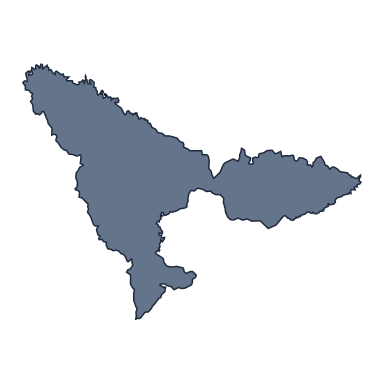 Patos de Minas, Minas Gerais, Brazil (Natural Earth projection)
{"feature_id": "56859067B7361246859240", "entity_name": "Patos de Minas", "entity_type": "district", "adm_level": 2, "iso_a3": "BRA", "parent_name": "Brazil", "parent_adm1": "Minas Gerais", "projection": "natural_earth1", "projection_center": [-46.486, -18.636], "detail": "fine", "context": "isolated", "style": "filled", "palette": "slate", "viewbox_px": 384, "rotation_deg": 0, "n_neighbors": 0, "source": "geoboundaries", "source_scale": "gbopen_adm2", "svg_char_len": 5874}
<svg xmlns="http://www.w3.org/2000/svg" viewBox="0 0 384 384"><path d="M196.3,275.1L192.7,271.6L190.5,271.5L186.5,273.3L185.7,273.0L184.1,271.6L183.4,268.2L182.6,267.8L176.7,266.4L171.6,267.1L167.0,266.1L164.0,262.7L163.4,259.0L162.7,258.0L156.0,253.8L155.7,252.6L156.5,251.5L157.7,251.3L158.3,250.0L159.3,251.0L159.7,250.1L158.9,247.8L159.9,247.1L159.6,244.0L160.8,241.7L160.7,240.0L162.4,241.8L164.5,238.6L164.5,237.3L162.7,238.1L161.6,237.7L161.4,235.6L159.1,235.2L158.8,233.7L159.3,232.8L162.1,234.0L162.6,231.7L160.4,228.8L160.0,227.0L158.6,226.4L157.9,224.3L156.3,223.8L157.2,221.6L158.2,221.2L159.3,221.9L159.3,220.6L161.1,218.7L160.6,215.8L161.6,216.3L162.5,215.9L161.0,214.1L161.8,212.6L163.1,212.3L163.7,214.6L164.5,215.4L165.5,215.3L169.1,213.6L170.1,211.7L172.3,212.2L177.6,210.5L179.5,209.0L185.2,207.9L187.0,206.6L186.9,203.8L188.0,201.5L188.0,197.8L188.9,193.7L191.1,190.5L194.5,190.9L197.2,188.5L198.4,188.3L202.6,189.3L206.3,191.5L210.8,191.1L212.3,193.0L215.8,194.6L220.2,194.7L223.8,198.3L223.4,202.3L225.3,209.0L225.4,211.5L227.4,216.6L230.4,219.7L233.4,220.0L238.3,218.1L242.5,220.1L247.4,219.0L251.6,221.1L259.6,220.8L260.6,221.2L268.2,228.5L276.2,224.9L283.6,215.9L285.8,215.9L287.6,218.1L289.6,218.7L290.7,219.9L293.4,220.2L295.2,218.4L296.0,218.3L296.2,217.2L298.3,217.6L299.7,216.0L300.6,216.4L301.1,215.2L305.1,214.1L306.7,212.5L309.0,211.9L309.9,212.8L312.2,213.4L313.0,212.2L314.8,213.8L316.8,213.7L318.9,212.7L320.3,210.9L321.1,211.4L323.6,210.8L323.1,209.8L324.0,209.3L324.3,208.2L328.3,206.2L327.8,204.0L328.6,203.6L329.3,204.7L330.3,204.8L334.1,203.9L335.4,202.1L335.0,200.9L335.6,199.6L336.9,197.9L342.0,196.5L342.4,195.5L343.6,195.0L348.6,194.0L348.8,192.8L351.0,193.6L350.7,190.5L351.5,189.6L355.2,189.8L354.3,187.7L355.3,186.9L357.4,186.8L356.9,185.7L357.4,184.5L359.7,184.0L361.0,182.2L359.1,180.9L359.4,177.9L360.4,177.1L360.5,175.2L358.4,176.7L357.8,178.1L355.5,178.3L352.4,176.8L351.3,177.0L350.9,175.5L348.7,174.6L347.5,172.8L339.7,171.6L337.9,169.4L334.7,167.4L332.2,167.0L330.0,169.2L327.2,165.7L325.4,165.4L323.9,161.5L320.8,156.3L316.3,158.2L315.3,160.6L313.1,162.7L312.9,166.1L312.0,166.9L310.6,164.9L307.4,165.0L307.4,161.9L306.5,160.0L302.6,158.0L299.1,157.8L297.4,160.8L295.7,160.9L294.3,159.9L293.6,155.7L292.6,155.2L289.4,155.9L284.4,155.7L282.0,156.7L280.7,151.4L276.1,153.7L274.7,153.4L272.1,150.2L266.7,150.7L263.8,152.8L259.6,153.7L258.8,154.5L258.7,156.8L257.5,157.6L255.2,157.1L252.5,158.3L252.8,161.6L253.5,162.7L253.0,163.8L249.2,164.2L248.7,162.7L250.1,160.9L250.4,157.8L246.8,156.3L245.0,154.7L244.6,150.2L241.5,148.3L241.0,151.6L239.6,155.0L239.7,157.6L238.2,161.2L233.1,159.0L225.3,162.7L223.3,164.6L220.1,172.2L213.8,178.4L211.8,174.5L211.2,171.4L208.8,168.4L209.2,160.9L208.4,156.6L207.5,155.3L206.6,154.7L202.4,154.7L201.6,150.7L190.0,150.8L188.1,149.1L184.3,147.5L183.6,146.5L183.8,144.4L182.9,142.5L180.1,141.8L177.1,138.1L169.7,136.0L165.2,135.9L162.1,133.4L157.9,132.6L155.8,129.3L151.8,127.3L150.3,123.4L148.1,122.9L147.4,122.0L147.9,120.7L146.9,120.0L144.6,119.8L144.7,118.6L141.7,118.5L140.9,117.6L138.9,119.3L138.1,116.5L136.8,115.2L137.2,114.0L136.8,113.0L135.6,112.9L135.3,113.9L133.3,113.5L132.8,114.9L131.3,113.3L129.4,112.7L129.4,111.5L128.4,110.8L127.1,111.3L125.9,114.3L124.7,114.7L121.2,108.1L115.3,103.9L114.8,102.6L115.9,102.1L116.8,102.8L117.8,102.6L118.7,101.7L118.7,100.1L117.6,98.0L115.7,98.6L113.3,98.2L111.4,100.0L111.7,98.3L111.0,97.5L109.9,96.9L108.6,97.8L106.0,94.1L104.7,93.8L104.8,95.1L105.8,95.6L105.6,97.3L103.0,98.3L102.8,94.9L101.1,94.2L103.1,92.8L103.3,91.7L102.5,90.5L101.5,90.8L100.4,93.1L98.2,95.1L97.3,94.2L97.1,91.1L96.1,89.8L95.7,87.6L93.9,87.3L94.1,82.5L91.4,80.0L90.2,79.6L89.3,80.4L89.4,82.1L90.9,83.7L88.9,84.1L87.9,83.6L86.7,79.5L85.8,78.3L84.3,83.1L83.5,80.6L82.8,80.0L81.2,81.8L78.9,82.1L79.3,83.5L78.7,84.5L77.0,84.7L72.7,83.0L72.4,80.8L66.8,80.7L66.4,79.7L68.9,77.0L64.2,76.9L63.1,74.0L61.3,74.7L56.5,71.2L55.7,71.5L55.2,72.5L55.2,74.5L52.8,72.7L50.9,69.7L48.8,70.3L48.7,67.7L47.5,67.0L47.1,65.3L42.8,68.8L42.5,65.1L41.9,64.3L41.0,64.2L40.1,66.4L40.3,67.7L39.5,68.3L38.3,66.1L36.6,64.9L35.7,65.5L35.7,68.5L34.9,69.3L31.8,67.5L31.5,69.4L32.5,74.0L31.7,74.8L28.8,75.3L28.8,73.9L30.4,72.3L30.4,71.2L28.4,71.1L26.1,72.8L25.8,73.9L27.3,80.2L26.9,81.5L25.0,80.9L23.9,81.5L23.0,82.3L23.2,83.3L25.3,85.9L25.4,89.9L28.8,90.2L30.9,92.9L32.1,93.1L32.6,94.0L31.5,96.2L32.4,98.1L32.3,99.3L30.6,101.5L32.7,104.6L33.4,111.2L35.8,114.3L36.8,113.6L39.6,114.8L41.7,112.9L42.1,111.6L43.8,111.6L47.7,121.0L48.2,123.6L52.0,128.2L51.8,135.1L54.2,134.1L56.2,135.1L56.8,136.3L55.9,140.0L56.4,141.4L57.8,142.4L61.0,147.3L64.0,149.9L66.4,150.3L68.8,154.1L73.3,154.6L76.6,156.1L80.4,155.0L81.1,156.2L80.3,163.6L82.8,164.5L83.0,165.5L79.8,167.2L77.7,171.3L76.2,172.8L75.8,177.8L77.4,181.9L77.4,183.5L77.0,187.2L75.1,188.7L75.6,189.8L78.7,190.9L79.5,192.0L79.1,197.2L81.9,197.8L88.2,204.3L87.7,206.7L88.5,208.9L87.5,212.1L90.4,216.2L93.7,224.8L95.3,226.0L98.3,226.0L96.6,229.1L96.6,230.4L98.1,235.1L99.9,236.1L98.7,238.8L99.2,239.7L101.8,239.4L103.5,241.6L106.5,242.4L106.1,244.8L107.9,248.9L110.4,249.1L113.0,250.7L116.0,250.2L119.1,251.2L120.7,253.4L123.4,254.4L125.1,256.3L127.4,261.5L128.5,261.6L131.4,259.0L132.0,260.0L131.9,262.3L132.7,264.7L132.1,266.5L130.2,269.0L127.9,269.8L126.6,272.2L130.6,275.0L130.5,284.2L133.0,288.4L134.5,289.8L133.7,293.5L133.8,300.5L136.0,306.9L137.1,308.5L136.0,312.2L136.3,316.2L135.5,319.8L136.9,318.2L139.2,318.6L140.9,317.6L145.0,312.2L148.4,311.9L151.6,308.3L152.5,306.0L153.7,305.1L158.9,298.4L160.6,297.7L161.8,294.4L164.9,291.6L165.5,287.2L164.7,286.9L163.9,287.6L159.8,284.9L160.5,284.0L165.3,283.9L166.5,285.3L171.5,286.9L174.0,289.7L178.6,287.4L181.1,288.5L184.8,288.2L191.5,284.9L192.4,282.2L192.4,279.4L195.3,277.6L196.3,275.1ZM85.8,78.3L86.0,76.9L85.6,75.7L85.2,76.9L85.8,78.3Z" fill="#64748b" stroke="#1e293b" stroke-width="1.5"/></svg>